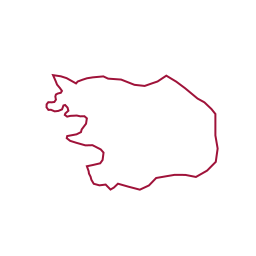 outline of Udu, Delta, Nigeria, rotated 304°
{"feature_id": "59680162B80910542790982", "entity_name": "Udu", "entity_type": "district", "adm_level": 2, "iso_a3": "NGA", "parent_name": "Nigeria", "parent_adm1": "Delta", "projection": "equal_earth", "projection_center": [5.805, 5.485], "detail": "fine", "context": "isolated", "style": "outline", "palette": "rose", "viewbox_px": 256, "rotation_deg": 304, "n_neighbors": 0, "source": "geoboundaries", "source_scale": "gbopen_adm2", "svg_char_len": 1203}
<svg xmlns="http://www.w3.org/2000/svg" viewBox="0 0 256 256"><g transform="rotate(304 128 128)"><path d="M102.3,179.3L109.2,186.5L115.1,192.7L121.2,201.8L125.4,211.7L136.9,217.4L149.0,219.7L161.1,213.8L170.7,204.6L188.5,192.6L190.4,186.5L192.0,177.0L191.3,169.2L192.5,157.0L192.9,152.9L193.4,142.1L192.8,130.5L183.1,126.5L178.9,123.3L172.2,118.3L167.4,109.2L164.3,95.2L157.8,83.9L157.0,78.7L150.3,70.5L146.3,66.2L142.6,63.3L138.4,60.3L135.9,60.0L135.0,49.2L133.3,43.4L129.9,36.3L126.3,42.0L124.3,44.9L123.0,49.4L121.8,52.5L119.6,52.6L117.3,50.5L115.4,49.5L113.4,50.2L111.2,52.4L108.4,52.4L106.7,50.5L104.8,47.5L102.1,47.3L99.6,48.9L98.5,51.9L100.0,53.9L100.8,57.9L103.2,60.7L106.6,62.9L110.6,61.9L111.9,63.0L111.1,66.5L109.0,68.9L105.0,67.9L103.5,68.3L103.4,71.2L105.8,73.4L109.7,78.6L111.0,81.9L113.4,85.3L113.0,88.5L108.1,90.8L100.9,90.4L98.3,91.3L94.0,88.9L87.3,82.1L85.3,82.9L85.0,87.2L86.8,93.3L89.8,102.4L93.9,108.2L95.0,117.4L93.9,121.5L87.3,124.8L83.2,124.7L77.7,119.6L73.3,115.3L70.2,119.5L68.4,121.1L66.7,124.2L64.6,126.6L62.6,130.8L64.5,136.4L68.6,141.1L67.2,147.9L70.7,149.6L76.2,150.8L79.6,161.2L83.5,172.3L92.1,177.5L102.3,179.3Z" fill="none" stroke="#9f1239" stroke-width="2"/></g></svg>